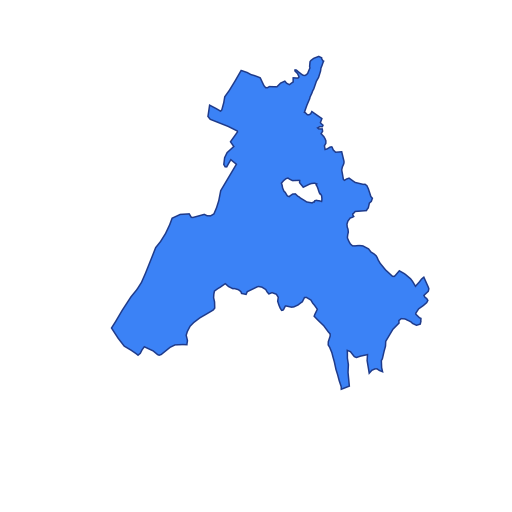 Faqus, Ash Sharqiyah, Egypt, rotated 148°
{"feature_id": "37247803B31970739059734", "entity_name": "Faqus", "entity_type": "district", "adm_level": 2, "iso_a3": "EGY", "parent_name": "Egypt", "parent_adm1": "Ash Sharqiyah", "projection": "natural_earth1", "projection_center": [31.817, 30.749], "detail": "fine", "context": "isolated", "style": "filled", "palette": "blue", "viewbox_px": 512, "rotation_deg": 148, "n_neighbors": 0, "source": "geoboundaries", "source_scale": "gbopen_adm2", "svg_char_len": 6103}
<svg xmlns="http://www.w3.org/2000/svg" viewBox="0 0 512 512"><g transform="rotate(148 256 256)"><path d="M107.6,391.6L110.1,388.3L110.6,386.9L113.6,384.8L114.6,384.1L115.3,383.5L117.0,383.1L118.7,383.1L119.5,383.6L120.4,384.5L121.2,386.3L122.0,388.6L122.4,389.5L122.8,390.9L123.2,392.2L123.6,392.7L124.4,393.1L124.9,392.3L124.1,388.6L124.6,385.1L125.5,384.8L126.3,384.7L128.5,386.3L130.0,387.4L130.4,386.9L131.7,384.8L132.2,383.9L133.0,383.9L134.4,383.8L136.9,383.6L137.5,384.6L138.5,386.3L138.9,389.0L143.5,389.6L148.6,388.4L151.8,390.5L154.9,392.6L157.0,392.6L158.6,393.6L159.0,396.3L158.6,399.9L158.5,400.7L158.0,404.8L158.5,405.6L158.8,406.0L159.6,407.1L161.7,409.8L164.2,412.6L166.2,416.2L166.6,416.7L169.5,420.3L170.3,421.2L181.4,415.3L190.8,410.6L198.1,407.6L202.0,403.2L207.6,398.0L208.1,397.9L209.3,397.6L211.7,402.2L215.4,408.5L222.8,399.8L222.4,396.2L210.9,380.6L205.6,371.9L206.0,371.0L217.1,366.4L216.8,360.6L225.7,359.0L230.5,356.0L234.8,350.7L234.9,348.0L233.6,347.1L229.8,349.2L226.3,351.0L224.0,344.2L251.3,330.1L258.2,322.7L263.8,317.9L269.4,314.0L273.2,314.1L276.1,316.0L277.8,318.7L284.5,320.7L289.1,322.1L290.4,323.1L290.3,327.1L298.2,331.4L307.1,332.5L312.7,328.2L320.8,323.0L329.4,318.8L336.6,316.3L344.7,310.3L358.9,299.9L367.1,294.3L372.1,291.9L372.7,291.6L375.2,290.5L383.7,287.6L398.3,280.8L409.8,274.8L416.7,271.5L416.5,259.3L415.5,249.4L411.8,242.2L409.4,236.7L408.6,234.4L405.7,234.8L402.2,236.9L398.8,238.2L393.5,230.0L391.7,224.5L390.7,223.2L388.6,222.7L377.1,224.1L371.7,223.5L365.0,219.7L361.6,217.4L361.1,218.1L359.0,220.5L358.1,223.1L357.2,225.8L354.2,228.4L349.1,231.4L344.0,232.6L337.5,233.2L336.3,233.3L333.0,233.2L330.4,233.1L327.0,233.0L323.2,232.9L320.7,232.9L319.7,233.3L318.6,233.7L315.5,239.0L314.1,243.0L313.2,244.3L311.9,246.1L309.8,248.3L305.5,248.6L303.0,248.5L297.9,248.8L296.7,248.8L295.5,244.7L294.7,243.4L293.0,240.6L291.4,239.7L288.9,236.9L288.1,235.1L287.7,233.3L288.1,231.9L286.5,230.4L284.8,228.7L282.3,230.4L278.0,229.9L271.3,229.2L270.0,228.8L267.5,226.5L265.5,222.4L265.6,219.7L265.2,217.0L262.2,216.5L261.8,216.4L259.0,212.8L259.0,209.6L259.0,209.2L261.6,206.1L262.6,202.1L263.1,199.0L263.1,196.3L262.6,196.1L261.9,195.8L260.6,196.2L259.3,197.1L258.4,197.5L258.0,197.9L257.2,197.9L253.0,193.8L250.9,192.8L246.3,192.2L242.5,192.6L241.6,192.5L240.3,193.0L239.1,193.8L238.2,194.3L236.9,195.1L235.2,194.2L232.8,189.6L232.9,186.0L232.5,183.3L232.2,178.4L233.5,177.5L236.9,175.4L238.6,174.1L237.8,170.3L237.1,167.3L235.5,161.0L234.9,153.3L234.4,150.5L234.7,150.3L235.4,148.9L240.1,145.0L241.9,142.3L241.9,139.6L242.9,133.8L244.3,129.4L245.6,124.9L248.3,117.4L249.7,112.0L251.5,106.2L252.9,100.4L253.4,99.2L253.8,98.7L254.3,97.8L245.8,96.2L240.9,106.0L239.6,108.6L235.3,114.8L232.6,121.0L230.4,124.5L228.6,127.6L226.6,124.8L226.2,120.8L226.0,119.1L225.9,118.5L224.6,116.7L220.4,115.7L213.7,113.3L217.2,108.4L221.0,99.2L222.1,96.6L218.3,97.7L214.9,97.2L213.2,96.2L212.0,93.5L211.4,92.7L210.0,90.8L208.6,94.8L205.1,100.9L203.4,101.8L197.6,107.6L195.5,109.5L193.9,111.0L191.2,114.9L181.7,119.8L178.8,121.3L175.0,122.2L172.9,122.7L171.2,123.1L170.3,123.3L169.0,125.6L166.0,125.9L165.0,125.1L163.5,124.1L162.3,122.7L161.9,121.8L160.6,119.9L159.4,117.7L159.0,115.9L156.6,112.2L152.8,111.2L150.6,113.4L150.6,113.9L150.2,114.3L149.8,114.8L149.2,115.7L150.1,117.0L151.3,121.9L150.8,122.8L146.1,125.0L140.6,125.3L139.1,125.5L136.0,126.0L135.1,126.5L133.8,127.3L133.8,129.6L134.6,131.4L134.5,133.6L128.6,134.8L126.8,136.6L126.4,138.3L124.9,149.1L125.8,149.0L127.9,148.7L131.3,147.4L135.8,146.1L136.8,145.8L136.7,151.6L137.0,154.8L138.6,159.8L139.0,161.1L139.8,162.9L142.3,167.5L147.8,165.8L149.5,165.4L151.0,166.4L153.5,175.4L154.6,184.0L154.5,188.0L154.1,190.2L154.0,192.5L154.8,195.2L156.4,198.4L156.8,202.4L160.0,207.9L161.7,209.3L163.0,210.2L164.6,211.1L165.7,211.6L166.7,212.1L168.8,213.5L169.6,216.2L169.5,218.9L169.3,220.5L169.0,222.5L168.6,223.4L166.9,225.5L165.1,227.3L163.8,230.0L163.3,232.2L162.0,234.8L159.8,236.7L159.4,237.0L157.0,237.9L156.0,238.3L153.9,237.8L152.2,237.7L152.2,239.5L151.7,240.4L150.9,240.4L148.3,241.2L138.3,236.0L136.6,236.9L135.3,237.3L131.8,240.8L129.3,241.2L128.8,241.6L126.7,243.3L127.1,245.6L126.6,247.4L125.3,252.7L125.1,253.5L124.9,255.4L124.7,256.8L125.5,259.0L127.2,260.0L133.0,265.9L133.4,266.9L133.8,267.8L134.7,270.0L135.8,272.7L138.4,273.3L140.9,273.3L141.3,274.7L138.8,280.8L138.6,281.4L138.1,282.6L137.7,283.6L136.4,284.9L135.3,286.0L134.6,286.4L134.3,286.6L133.0,287.5L132.1,288.3L131.2,289.7L130.0,293.3L128.1,299.0L129.3,299.6L133.5,301.8L134.3,305.0L133.8,308.1L134.2,308.6L135.5,309.1L138.0,309.1L139.3,309.2L141.0,309.7L140.6,310.6L139.6,313.2L137.9,314.1L137.1,314.5L136.9,314.8L135.7,316.7L135.3,318.9L135.3,319.8L135.2,321.2L136.0,325.2L133.4,326.5L133.0,327.4L132.5,328.7L133.4,329.2L134.2,329.7L135.5,330.6L135.6,331.0L135.9,332.0L135.0,331.9L133.3,331.9L132.1,331.0L131.2,330.5L129.9,331.4L130.7,334.1L130.7,335.0L128.9,336.4L127.3,337.6L132.1,348.9L134.3,347.6L136.4,347.7L137.3,348.4L137.6,348.6L138.0,350.4L138.4,351.8L138.8,352.2L134.2,355.9L132.8,357.0L127.8,360.5L127.2,360.9L125.9,362.2L122.5,364.4L120.3,366.1L118.6,367.0L116.5,368.7L114.3,370.5L112.2,372.2L108.3,374.3L103.2,378.7L101.4,380.9L98.4,383.1L98.0,383.5L95.8,385.2L95.4,385.4L95.8,386.1L95.8,388.4L95.3,389.3L97.0,392.0L102.0,393.0L102.9,393.0L105.8,392.7L107.1,392.2L107.6,391.6ZM175.2,271.2L176.9,271.7L178.1,270.9L178.6,271.3L180.3,271.3L184.4,275.0L185.2,276.8L187.7,281.8L188.1,283.2L188.9,284.6L189.7,287.8L191.2,288.6L192.1,289.1L193.8,289.0L195.3,289.0L196.3,288.7L197.4,290.0L197.6,290.6L197.5,294.7L197.9,295.6L197.9,296.5L197.4,299.6L196.5,301.8L196.1,303.2L195.9,304.3L192.6,305.3L189.7,305.7L187.6,305.2L186.8,303.4L185.1,300.6L179.7,297.5L179.3,297.3L178.9,296.9L180.2,295.1L179.6,290.4L179.5,289.3L172.7,288.6L170.6,288.1L167.7,286.7L166.3,284.9L167.3,284.5L167.3,284.0L167.3,282.6L167.8,280.0L168.1,279.0L168.8,276.0L168.8,275.1L168.8,274.6L168.4,274.6L168.4,273.6L168.4,272.4L169.7,269.7L170.6,268.4L171.5,267.5L173.1,269.3L174.4,270.3L175.2,271.2Z" fill="#3b82f6" stroke="#1e3a8a" stroke-width="1.5"/></g></svg>